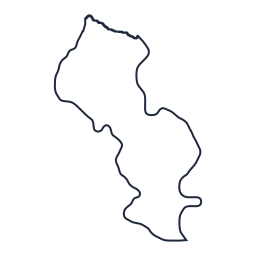 Montellano, Puerto Plata, Dominican Republic (orthographic projection)
{"feature_id": "3306468B77556762591061", "entity_name": "Montellano", "entity_type": "district", "adm_level": 2, "iso_a3": "DOM", "parent_name": "Dominican Republic", "parent_adm1": "Puerto Plata", "projection": "orthographic", "projection_center": [-70.594, 19.696], "detail": "fine", "context": "isolated", "style": "outline", "palette": "slate", "viewbox_px": 256, "rotation_deg": 0, "n_neighbors": 0, "source": "geoboundaries", "source_scale": "gbopen_adm2", "svg_char_len": 4444}
<svg xmlns="http://www.w3.org/2000/svg" viewBox="0 0 256 256"><path d="M85.2,19.2L85.2,24.3L83.2,31.2L82.7,31.1L80.3,36.2L78.0,40.4L77.3,42.1L76.3,45.7L75.6,47.3L75.0,48.0L74.4,48.5L73.0,49.2L70.8,50.0L69.5,50.9L68.6,52.2L67.3,55.2L66.5,56.6L62.6,59.8L61.4,61.2L60.4,62.8L59.7,64.6L58.5,69.5L57.9,71.3L55.9,75.6L55.2,78.8L54.9,83.4L54.9,87.9L55.4,91.2L56.1,93.2L58.9,97.9L59.9,99.3L60.6,99.9L61.4,100.4L63.3,101.0L68.6,101.6L70.7,102.0L71.7,102.4L73.7,103.4L75.5,104.8L77.2,106.3L87.2,116.0L91.7,119.6L92.3,120.2L93.0,122.0L93.4,123.9L93.8,127.8L94.4,129.6L95.0,130.4L95.7,130.9L97.3,131.5L98.2,131.5L99.9,131.2L101.3,130.4L101.8,129.8L103.3,127.3L104.3,126.2L105.0,125.7L105.7,125.4L106.5,125.3L107.3,125.4L108.1,125.7L109.3,126.7L110.3,128.1L110.8,129.8L111.7,133.2L112.5,134.8L113.7,135.9L115.9,137.4L118.0,139.1L120.0,141.1L121.1,142.6L121.9,144.2L122.0,145.0L121.8,146.7L118.8,153.3L116.5,157.3L116.0,159.1L115.9,160.1L116.0,161.1L116.4,162.9L118.3,167.1L119.9,172.5L120.8,174.1L121.4,174.7L124.2,176.7L126.1,178.6L127.2,180.1L129.0,183.5L130.2,185.0L132.3,186.8L136.4,188.9L137.8,189.9L139.0,191.2L139.4,191.9L139.8,192.7L140.0,193.6L139.9,194.4L139.7,195.3L139.3,196.0L138.7,196.6L138.1,197.0L135.3,197.9L134.1,198.6L133.1,199.9L131.7,202.8L130.8,204.2L126.8,207.3L125.0,209.3L124.2,211.1L124.0,212.1L123.8,214.0L124.1,215.9L124.5,216.8L125.0,217.6L126.3,218.8L131.8,221.8L133.7,222.5L139.6,223.7L141.4,224.3L143.1,225.2L147.0,227.6L148.4,228.6L150.9,232.2L152.1,233.5L153.5,234.7L155.1,235.8L162.8,239.6L166.0,240.4L170.5,240.6L179.6,240.6L186.3,240.1L184.2,237.3L181.4,233.3L180.5,231.6L179.9,229.4L179.5,226.1L179.4,221.5L179.6,218.1L180.0,215.9L180.3,214.9L181.1,213.1L183.4,209.3L184.5,207.9L185.2,207.3L186.1,206.8L188.0,206.3L190.0,206.1L196.2,206.2L198.1,205.9L199.0,205.6L199.8,205.1L200.5,204.3L200.9,203.5L201.1,202.6L201.1,200.9L200.9,200.0L200.5,199.2L199.9,198.4L199.0,197.8L198.1,197.5L196.2,197.2L189.9,197.3L186.6,197.1L184.5,196.5L182.8,195.5L181.4,194.2L180.8,193.4L179.9,191.5L179.6,190.4L179.3,188.1L179.3,185.9L179.5,183.6L180.0,181.4L180.5,180.4L181.5,178.8L183.4,176.8L186.9,174.4L190.2,169.9L193.7,165.9L195.6,163.4L196.6,161.6L199.9,154.8L200.3,152.9L200.4,151.9L200.1,150.0L199.5,148.2L197.8,145.0L196.2,141.4L193.4,136.4L191.9,132.7L189.6,128.5L187.9,125.0L187.0,123.3L185.8,121.9L184.3,120.7L182.7,119.6L179.2,117.8L177.5,116.6L173.4,113.1L171.7,111.8L169.9,110.8L164.9,108.6L163.4,108.2L162.6,108.2L161.8,108.4L160.4,109.2L159.3,110.3L157.6,112.9L157.0,113.6L156.3,114.1L154.6,114.8L151.8,115.2L149.0,114.9L147.3,114.2L146.5,113.6L145.9,112.8L145.5,111.9L145.1,109.9L145.1,107.9L145.2,99.0L145.0,96.8L144.6,94.6L144.3,93.6L143.2,91.7L139.3,86.8L138.1,85.0L137.6,84.1L137.3,83.1L136.8,81.1L136.5,77.9L136.4,74.7L136.6,71.5L136.9,69.5L137.6,67.5L138.6,65.7L139.9,64.1L145.8,58.1L147.1,56.6L148.2,54.9L148.8,53.0L148.8,51.0L148.6,50.0L147.9,48.3L145.2,44.3L142.9,41.3L137.8,35.8L137.5,35.8L137.5,37.1L137.1,37.1L137.1,37.5L136.7,37.5L136.7,38.0L136.3,38.0L136.3,38.4L134.7,38.4L134.7,38.0L133.9,38.0L133.9,37.5L133.5,37.5L133.5,37.1L132.7,37.1L132.7,36.7L131.9,36.7L131.9,36.3L130.7,36.3L130.7,35.8L129.9,35.8L129.9,35.4L128.7,35.4L128.7,35.0L128.3,35.0L128.3,34.6L127.9,34.6L127.9,34.1L127.5,34.1L127.5,33.3L127.1,33.3L127.1,32.8L126.3,32.8L126.3,32.4L125.5,32.4L125.5,32.8L123.1,32.8L123.1,32.4L122.3,32.4L122.3,32.0L121.1,32.0L121.1,31.6L119.9,31.6L119.9,32.0L119.0,32.0L119.0,31.6L115.4,31.6L115.4,31.1L114.2,31.1L114.2,30.7L113.0,30.7L113.0,30.3L112.2,30.3L112.2,29.9L111.4,29.9L111.4,29.4L108.6,29.4L108.6,29.0L108.2,29.0L108.2,28.6L107.8,28.6L107.8,28.2L107.4,28.2L107.4,27.7L107.0,27.7L107.0,27.3L106.2,27.3L106.2,26.9L105.4,26.9L105.4,26.5L105.0,26.5L105.0,26.0L104.2,26.0L104.2,25.2L103.8,25.2L103.8,24.7L103.4,24.7L103.4,24.3L103.0,24.3L103.0,23.9L102.6,23.9L102.6,23.5L102.2,23.5L102.2,23.0L100.6,23.0L100.6,22.6L99.8,22.6L99.8,23.0L99.0,23.0L99.0,22.6L98.6,22.6L98.6,22.2L98.2,22.2L98.2,21.8L97.8,21.8L97.8,21.3L97.4,21.3L97.4,20.9L96.2,20.9L96.2,20.5L93.8,20.5L93.8,20.1L93.4,20.1L93.4,19.6L93.0,19.6L93.0,19.2L92.6,19.2L92.6,18.3L92.2,18.3L92.2,17.5L91.8,17.5L91.8,17.1L91.4,17.1L91.4,16.6L91.0,16.6L91.0,16.2L90.6,16.2L90.6,15.8L89.8,15.8L89.8,15.4L89.0,15.4L89.0,15.8L88.2,15.8L88.2,16.2L87.8,16.2L87.8,16.6L87.4,16.6L87.4,17.1L87.0,17.1L87.0,17.5L86.5,17.5L86.5,17.9L86.1,17.9L86.1,18.3L85.7,18.3L85.7,18.7L85.3,18.8L85.3,19.2L85.2,19.2Z" fill="none" stroke="#1e293b" stroke-width="2"/></svg>